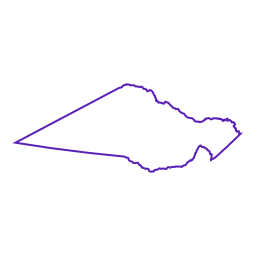 the district of South Imenti, Eastern, Kenya
{"feature_id": "3690345B43224395015109", "entity_name": "South Imenti", "entity_type": "district", "adm_level": 2, "iso_a3": "KEN", "parent_name": "Kenya", "parent_adm1": "Eastern", "projection": "robinson", "projection_center": [37.719, -0.117], "detail": "fine", "context": "isolated", "style": "outline", "palette": "violet", "viewbox_px": 256, "rotation_deg": 0, "n_neighbors": 0, "source": "geoboundaries", "source_scale": "gbopen_adm2", "svg_char_len": 6040}
<svg xmlns="http://www.w3.org/2000/svg" viewBox="0 0 256 256"><path d="M15.4,142.7L51.6,148.2L88.9,152.9L124.6,156.6L125.6,157.4L126.0,157.5L126.7,157.5L127.8,157.8L128.3,158.1L128.4,158.4L128.5,159.0L128.9,159.9L129.5,160.7L129.9,161.0L131.3,161.4L132.3,161.8L132.6,162.2L132.8,162.6L133.2,162.8L134.8,163.2L135.5,162.9L135.9,162.8L136.8,162.9L137.5,162.8L138.0,162.8L138.1,163.3L138.4,163.7L138.8,163.9L139.1,164.4L139.2,164.9L139.5,165.1L140.0,165.1L140.4,165.2L140.8,165.5L141.1,166.0L141.2,166.4L141.8,167.3L142.3,167.3L142.5,167.8L143.1,167.9L143.5,167.9L144.2,168.2L144.8,168.3L145.4,168.8L146.0,168.9L146.4,168.8L146.8,168.7L147.3,168.7L148.2,168.9L148.6,169.3L148.8,169.6L148.8,170.2L149.0,170.8L149.4,171.2L150.3,171.5L150.9,171.7L151.6,171.6L152.0,171.5L152.5,171.4L152.9,171.5L153.4,171.5L153.8,171.4L154.1,171.2L154.3,170.8L154.3,170.4L154.6,170.2L154.9,170.0L155.3,169.8L155.7,169.8L156.0,169.9L156.4,169.9L157.1,169.5L157.8,169.4L158.2,169.3L158.6,169.0L159.0,168.6L159.5,168.3L160.0,168.4L160.7,168.8L161.0,168.8L161.7,168.8L162.7,168.5L163.1,168.5L163.7,168.5L164.1,168.6L165.6,169.0L166.1,169.0L166.5,168.8L167.1,168.0L167.4,167.5L168.2,167.2L168.6,167.2L169.7,167.5L170.1,167.7L170.4,167.6L171.4,167.1L171.9,166.9L173.5,167.0L173.8,167.0L174.2,166.8L175.3,166.8L176.0,166.4L176.6,166.5L177.1,166.6L178.2,166.7L178.9,166.5L179.4,166.4L180.2,166.7L181.1,166.8L181.8,166.8L182.1,166.7L182.1,166.3L182.3,166.1L183.1,165.8L183.6,165.5L184.0,165.4L185.2,165.2L185.7,165.0L186.9,163.1L187.3,162.7L187.4,162.3L187.8,162.0L188.2,161.9L188.5,161.6L189.5,161.2L189.9,160.6L190.2,160.3L190.7,160.2L191.1,160.6L191.5,160.5L191.8,160.2L192.2,160.0L192.3,159.5L192.5,159.0L192.9,158.9L193.2,158.4L193.9,157.9L194.1,157.3L194.1,156.8L194.3,156.3L194.6,155.9L194.9,155.4L195.0,154.9L195.1,154.5L195.1,153.4L195.5,153.0L195.8,152.9L196.2,152.3L196.4,151.6L196.7,150.6L197.3,149.6L197.6,148.9L198.0,148.5L198.2,148.0L198.3,147.6L198.9,146.5L199.5,146.3L200.0,145.7L200.3,145.5L200.7,145.5L200.8,146.0L201.3,146.2L202.1,147.0L202.6,147.0L203.0,147.0L203.4,147.1L204.0,147.0L204.8,147.9L206.0,148.4L206.3,148.7L206.8,148.8L207.0,149.1L207.1,149.5L207.3,149.8L207.8,150.0L208.0,150.5L209.2,150.9L209.4,151.2L209.4,151.5L209.5,151.9L209.9,152.9L209.9,153.4L210.1,153.9L210.6,153.8L210.9,154.1L211.3,154.1L211.6,154.4L211.8,154.7L211.5,155.7L211.5,156.8L211.4,157.9L210.8,159.5L210.9,160.0L211.2,159.8L212.6,159.1L214.0,158.3L215.0,157.7L219.8,153.4L222.5,150.8L224.8,148.8L227.8,146.1L230.0,143.8L233.0,141.1L240.6,133.7L240.3,133.7L239.4,134.0L239.1,133.7L239.1,133.3L239.3,132.8L239.2,132.2L239.0,131.6L238.7,131.2L238.2,131.2L237.6,131.4L237.2,131.7L236.8,131.7L236.5,131.5L236.3,131.0L235.7,129.9L235.9,129.6L236.1,129.2L235.9,128.7L235.8,128.3L235.4,128.1L235.1,128.1L234.9,127.8L234.5,127.5L234.2,127.1L233.9,126.8L233.7,126.4L233.7,126.0L233.8,125.7L234.3,125.6L234.6,125.3L234.9,124.8L235.0,124.4L234.7,124.0L234.5,123.0L234.2,122.7L233.9,122.7L233.1,122.2L232.7,122.1L232.5,122.3L232.0,122.5L231.7,122.3L231.4,121.9L231.2,121.2L230.8,121.0L230.3,120.5L230.1,120.1L229.8,120.1L229.3,120.1L228.8,120.2L227.9,120.7L227.7,120.3L227.8,119.9L227.8,119.5L227.7,119.0L227.4,118.7L227.0,118.8L226.7,119.2L226.0,119.6L226.0,119.9L225.9,120.2L225.5,120.2L225.2,119.9L224.9,119.6L224.5,119.9L224.3,120.2L224.0,120.0L223.6,120.0L223.6,120.6L223.2,120.9L222.8,120.6L222.3,120.5L222.1,119.7L221.6,119.1L221.1,119.1L220.6,119.1L220.2,118.8L219.8,118.9L219.4,119.1L219.1,119.0L218.9,118.6L218.5,118.6L218.2,118.7L217.8,118.6L217.5,118.3L217.0,118.5L216.2,118.6L215.8,118.5L215.4,118.4L215.1,118.2L214.6,118.2L213.3,118.3L212.8,118.8L212.5,118.7L212.1,119.1L211.7,119.2L211.3,119.4L211.0,119.2L210.6,119.1L210.3,118.9L209.9,118.6L209.1,118.3L208.7,118.0L208.3,118.1L207.9,118.4L207.4,118.5L207.1,118.4L206.6,118.3L206.1,118.7L205.7,119.1L204.9,119.2L204.8,119.7L204.7,120.0L204.2,120.0L203.5,120.7L203.3,121.0L202.9,121.3L202.3,121.4L201.3,121.7L201.0,121.9L200.7,121.9L200.3,122.1L199.8,122.1L199.5,121.8L199.0,121.7L198.5,121.9L198.1,121.8L197.0,121.4L196.5,121.5L196.1,121.5L195.5,121.6L195.1,121.4L194.7,121.0L194.4,120.6L194.2,120.1L193.8,119.7L193.5,119.5L193.2,119.2L192.9,118.8L192.6,118.5L191.7,118.3L190.6,118.0L189.7,117.9L187.1,117.3L186.5,116.6L184.9,115.1L184.4,114.1L184.1,113.7L183.7,113.5L183.1,113.4L181.9,113.1L181.6,112.9L181.1,112.4L180.7,112.1L180.1,111.9L179.7,111.5L179.2,110.6L178.7,110.2L178.6,109.7L178.5,109.3L178.0,108.9L176.4,109.2L175.8,109.1L175.5,108.7L175.3,108.4L174.9,108.5L174.4,108.4L173.9,108.1L173.4,108.0L173.2,107.8L172.5,107.0L172.2,106.7L171.8,106.6L171.5,106.2L171.1,105.6L170.7,105.5L170.3,104.9L170.0,104.7L169.0,103.5L168.2,102.7L167.4,102.6L167.1,102.4L166.8,102.2L166.5,102.1L166.1,102.2L165.7,102.2L165.3,101.8L164.7,102.4L164.6,102.7L164.3,103.0L164.1,103.4L163.8,103.7L163.0,103.6L162.5,103.4L162.2,103.0L161.6,103.0L161.2,102.9L160.8,102.7L160.3,102.6L159.9,102.4L159.6,102.4L159.2,102.5L158.9,102.7L158.5,102.6L158.2,102.2L157.9,102.0L157.5,101.0L157.1,101.0L156.9,101.3L156.4,101.0L156.1,100.7L155.9,100.4L155.9,100.0L156.3,99.1L156.2,98.7L155.4,97.9L155.2,97.5L155.1,96.1L154.7,95.9L154.4,95.7L154.1,94.9L153.9,94.6L153.6,94.2L153.1,92.5L152.8,92.3L152.5,92.0L152.2,91.5L151.5,90.7L150.8,90.3L150.3,90.2L150.0,90.1L149.6,90.2L149.3,90.4L149.0,90.7L148.1,91.2L147.7,91.3L147.3,91.2L146.8,90.8L146.7,90.2L146.6,89.8L145.9,89.3L145.6,89.1L145.3,88.8L145.0,88.9L144.1,88.9L143.5,88.7L143.2,88.5L143.0,88.2L142.5,87.2L142.1,87.0L141.6,86.7L141.1,86.7L140.7,87.0L140.1,87.2L139.7,87.2L139.2,87.0L138.4,86.6L138.0,86.5L137.6,86.6L137.1,86.4L136.6,86.4L136.2,86.4L135.8,86.4L135.5,86.4L135.1,86.2L134.9,85.9L134.3,85.4L133.9,85.2L133.5,85.2L133.1,85.3L132.6,85.3L132.2,85.2L131.1,85.4L130.7,85.3L130.2,84.9L129.4,85.0L128.8,84.5L128.4,84.4L128.1,84.4L127.6,84.4L126.9,84.7L126.3,84.3L125.9,84.4L125.5,84.8L125.1,85.0L124.5,85.1L124.0,85.1L123.7,85.2L122.5,86.2L122.2,86.7L121.9,87.2L121.3,87.3L120.9,87.6L120.5,87.6L119.6,87.9L119.1,87.9L15.4,142.7Z" fill="none" stroke="#5b21b6" stroke-width="2"/></svg>